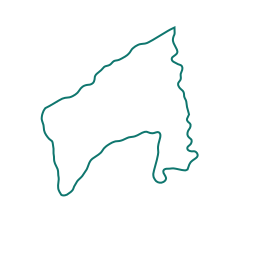 outline of Villa Bisonó, Santiago, Dominican Republic, rotated 239°
{"feature_id": "3306468B37188297910356", "entity_name": "Villa Bisonó", "entity_type": "district", "adm_level": 2, "iso_a3": "DOM", "parent_name": "Dominican Republic", "parent_adm1": "Santiago", "projection": "mercator", "projection_center": [-70.869, 19.575], "detail": "fine", "context": "isolated", "style": "outline", "palette": "teal", "viewbox_px": 256, "rotation_deg": 239, "n_neighbors": 0, "source": "geoboundaries", "source_scale": "gbopen_adm2", "svg_char_len": 3456}
<svg xmlns="http://www.w3.org/2000/svg" viewBox="0 0 256 256"><g transform="rotate(239 128 128)"><path d="M105.1,36.4L104.2,37.0L103.4,38.0L102.8,39.2L102.3,41.3L102.6,45.7L102.9,47.2L103.3,48.5L104.0,49.7L105.6,51.7L108.5,57.0L109.0,58.5L109.9,62.5L110.4,64.1L113.8,71.3L114.8,72.7L118.0,76.8L118.9,78.3L119.3,79.1L119.6,79.9L120.0,81.7L120.4,89.1L120.8,91.8L121.3,93.3L122.9,96.8L123.5,99.5L123.7,101.3L123.8,104.1L123.7,106.9L123.4,108.7L123.0,110.4L121.3,113.9L120.8,115.5L120.4,117.3L119.9,121.9L119.6,123.7L119.0,125.3L117.8,128.1L117.3,129.7L116.9,132.4L116.6,137.8L116.1,140.3L115.4,141.7L115.0,142.2L112.3,144.4L111.0,146.1L110.4,147.4L109.7,150.1L109.2,151.4L108.7,151.9L108.1,152.3L107.4,152.5L106.7,152.5L105.9,152.4L104.7,151.8L103.5,150.9L98.6,145.9L96.6,144.2L95.2,143.3L91.5,141.4L89.5,139.8L85.6,136.1L78.2,128.4L75.6,126.0L74.1,125.2L72.5,124.6L69.9,124.5L68.2,124.7L67.4,125.0L66.0,125.8L64.9,126.9L64.0,128.3L63.8,129.1L63.5,130.7L63.7,132.3L63.9,133.0L64.3,133.7L64.8,134.3L65.4,134.8L66.1,135.0L67.5,135.2L71.1,135.3L72.4,135.8L73.0,136.2L73.4,136.8L73.7,137.5L73.7,138.2L73.6,139.0L73.1,140.3L71.7,142.7L70.7,144.9L69.8,146.4L68.2,148.3L64.2,152.6L62.7,154.5L62.0,155.7L61.9,156.4L61.8,157.7L65.1,161.7L66.0,163.3L66.4,164.1L66.6,164.9L66.9,166.5L67.2,170.5L67.5,172.0L67.8,172.6L68.2,173.2L68.8,173.7L69.5,174.0L70.9,174.2L72.3,173.9L73.0,173.6L73.5,173.2L74.0,172.7L75.3,170.4L76.6,169.0L77.8,168.3L78.5,168.1L79.2,168.1L79.9,168.3L80.5,168.7L80.9,169.2L81.2,169.8L81.7,172.5L82.1,173.8L82.9,174.9L83.9,175.8L85.1,176.3L85.7,176.3L88.6,175.4L90.1,175.2L91.6,175.5L92.2,175.8L93.4,176.7L94.4,177.8L94.8,178.4L96.1,181.1L97.0,182.2L97.5,182.6L98.6,183.3L99.2,183.4L100.4,183.3L102.6,182.6L103.9,182.6L104.5,182.7L105.1,183.0L105.6,183.5L108.2,187.3L115.6,189.4L120.5,191.5L122.0,191.9L124.7,192.1L126.1,192.4L128.7,193.7L130.1,194.1L131.6,194.1L134.6,193.2L136.0,192.9L137.5,192.9L139.0,193.1L140.2,193.8L140.7,194.3L141.3,195.5L142.0,197.3L142.7,198.3L143.7,199.1L146.1,200.3L147.2,201.0L149.9,204.4L151.2,205.4L152.0,205.8L153.4,206.0L154.7,205.6L157.0,203.7L161.5,201.0L163.0,200.6L163.7,200.7L164.4,200.9L165.0,201.3L165.5,201.9L165.8,202.5L166.0,204.0L166.2,206.2L166.5,207.7L166.8,208.4L167.3,209.1L167.9,209.6L168.6,209.9L170.1,210.3L177.1,210.8L178.8,211.2L179.7,211.5L180.5,211.9L181.9,213.0L183.1,214.3L184.3,216.0L185.4,216.9L190.2,219.6L190.6,215.0L190.7,212.1L190.7,194.5L190.9,189.7L191.1,187.9L191.6,186.1L193.2,182.6L193.8,181.0L194.1,179.2L194.2,176.4L193.9,173.7L193.5,171.9L191.8,168.4L191.3,166.8L190.9,165.0L190.7,162.3L190.8,158.5L191.0,155.8L191.4,154.1L192.4,151.5L192.6,150.2L192.4,148.9L191.7,146.4L191.5,144.9L191.7,143.4L192.6,140.3L192.6,138.9L191.4,134.8L190.6,129.5L190.2,127.9L189.4,126.5L189.0,126.0L186.8,124.3L185.4,122.8L184.7,121.5L184.5,119.9L184.5,119.2L184.8,117.7L186.0,115.1L186.5,113.6L186.8,112.0L186.8,110.3L186.3,107.9L184.8,104.4L184.2,102.8L183.8,100.1L183.8,97.3L184.0,95.4L184.4,93.7L186.3,89.5L187.0,86.8L187.2,82.9L187.3,72.2L187.6,67.4L187.0,66.0L186.2,64.5L184.6,62.4L183.4,61.1L182.0,59.9L180.6,58.9L179.8,58.5L178.2,58.0L174.2,57.1L172.8,56.5L169.3,54.9L166.8,54.3L164.2,54.2L161.7,54.4L159.3,54.8L156.1,56.0L155.5,56.1L154.1,55.8L148.6,53.5L144.6,51.1L141.6,49.8L138.9,48.3L137.5,47.7L135.1,47.1L129.1,46.5L127.5,46.0L126.8,45.7L123.4,43.9L121.2,43.0L119.7,42.2L114.8,38.5L112.4,37.2L111.0,36.7L108.6,36.4L105.1,36.4Z" fill="none" stroke="#0f766e" stroke-width="2"/></g></svg>